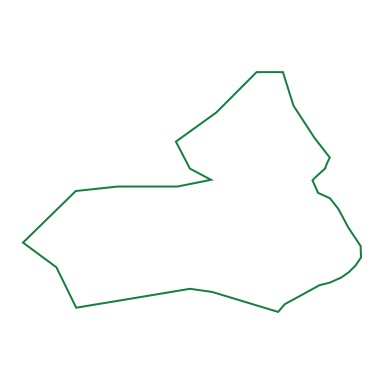 the border of Tervetes
{"feature_id": "LVA-5739", "entity_name": "Tervetes", "entity_type": "Municipality", "adm_level": 1, "iso_a3": "LVA", "parent_name": "Latvia", "parent_adm1": "", "projection": "robinson", "projection_center": [23.354, 56.45], "detail": "fine", "context": "isolated", "style": "outline", "palette": "green", "viewbox_px": 384, "rotation_deg": 0, "n_neighbors": 0, "source": "natural_earth", "source_scale": "10m", "svg_char_len": 564}
<svg xmlns="http://www.w3.org/2000/svg" viewBox="0 0 384 384"><path d="M278.1,311.9L211.9,291.9L190.0,288.8L76.2,307.7L56.4,267.3L23.0,242.6L52.9,213.4L75.8,191.0L117.9,186.5L177.6,186.5L211.0,179.8L189.9,168.6L175.9,141.6L216.3,112.5L256.6,72.1L282.9,72.1L293.5,105.7L314.5,137.9L329.8,157.6L326.9,163.5L325.1,168.5L314.8,177.8L312.5,180.4L318.1,192.9L330.0,198.3L338.4,209.0L348.3,227.5L360.6,246.0L361.0,257.5L355.6,265.5L348.8,272.2L341.3,277.5L329.6,282.7L319.5,285.2L284.8,304.2L278.4,311.6L278.1,311.9Z" fill="none" stroke="#15803d" stroke-width="2"/></svg>